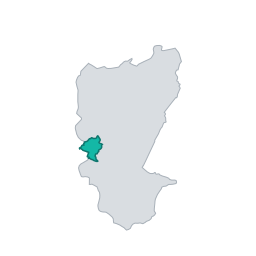 Sourou highlighted on a map of Burkina Faso, rotated 296°
{"feature_id": "BFA-2808", "entity_name": "Sourou", "entity_type": "Province", "adm_level": 1, "iso_a3": "BFA", "parent_name": "Burkina Faso", "parent_adm1": "", "projection": "orthographic", "projection_center": [-3.009, 13.252], "detail": "fine", "context": "in_parent", "style": "filled", "palette": "teal", "viewbox_px": 256, "rotation_deg": 296, "n_neighbors": 0, "source": "natural_earth", "source_scale": "10m", "svg_char_len": 4347}
<svg xmlns="http://www.w3.org/2000/svg" viewBox="0 0 256 256"><g transform="rotate(296 128 128)"><path d="M186.1,157.5L180.0,157.8L177.9,158.5L176.5,158.5L176.5,158.0L176.3,157.6L168.7,155.9L163.4,154.8L158.0,153.7L157.7,154.8L156.9,155.6L155.7,155.6L154.9,155.5L154.4,156.4L153.5,157.5L152.3,158.1L151.0,158.8L150.3,159.5L149.8,159.5L148.6,158.0L147.0,157.9L143.9,158.2L142.5,157.8L140.6,157.6L136.2,157.9L129.0,157.4L127.9,157.7L127.6,158.0L120.5,158.1L112.8,158.2L106.3,158.3L100.6,158.3L100.6,158.1L98.8,158.0L98.6,158.5L97.0,164.5L96.8,167.7L97.6,169.7L98.6,171.0L99.7,171.5L99.8,172.3L98.9,173.2L99.0,174.1L100.0,175.1L100.3,176.2L99.8,177.2L99.9,179.8L100.6,184.0L100.7,186.7L100.0,187.9L100.3,190.0L101.7,192.9L101.9,194.2L101.4,194.8L100.3,195.5L99.1,195.5L97.7,193.7L97.1,192.9L96.0,191.1L95.1,189.3L93.8,188.5L92.5,187.7L91.0,185.4L89.5,184.3L88.0,184.6L85.7,184.2L81.1,183.6L76.2,183.8L74.2,184.3L72.2,185.1L67.0,187.0L65.0,187.9L63.5,190.2L61.7,190.1L60.0,189.4L58.9,188.3L56.6,188.5L54.3,187.5L52.2,185.5L50.6,184.8L48.5,183.3L48.0,180.5L46.7,178.6L45.5,175.9L43.8,174.6L41.7,174.0L38.9,174.1L37.1,173.0L35.6,171.4L36.0,170.0L36.7,168.1L36.8,166.2L37.2,163.2L37.0,159.4L36.5,156.7L38.1,155.6L39.9,154.6L41.0,152.9L42.2,148.8L42.7,145.3L42.3,144.0L41.8,143.0L41.3,141.5L41.0,139.6L41.4,138.0L42.7,136.6L44.5,135.3L45.7,134.7L48.9,134.1L52.9,133.2L55.2,132.2L56.8,131.2L57.8,130.4L58.8,128.7L60.3,127.3L61.5,126.0L61.7,122.3L61.7,120.2L60.8,119.0L60.3,118.0L66.2,115.2L66.3,113.1L65.5,110.8L64.3,109.0L63.9,107.4L65.6,105.5L67.0,104.1L68.1,102.9L70.4,101.1L72.8,100.7L75.0,101.4L81.4,105.7L82.5,105.9L83.9,105.6L85.6,104.5L87.8,103.6L88.6,100.8L88.5,96.5L89.0,94.6L90.2,94.3L93.9,95.1L94.9,95.1L95.9,94.8L96.7,94.1L96.7,92.7L96.5,91.5L97.7,87.6L99.9,84.7L104.3,81.0L105.7,80.3L107.3,79.9L115.3,82.4L116.6,81.8L118.5,75.5L120.7,74.9L123.2,74.8L124.9,74.3L125.8,73.8L129.6,71.4L136.2,68.2L139.8,66.7L140.5,66.2L143.0,63.9L146.4,61.2L148.5,60.7L151.5,60.5L153.4,60.9L153.9,61.6L154.5,62.0L158.4,60.8L164.0,62.6L168.9,64.2L168.6,65.4L168.6,67.3L168.3,70.4L167.8,74.1L169.8,76.5L172.3,79.1L172.9,80.1L172.3,82.6L172.8,84.1L174.1,86.6L176.3,89.7L178.6,92.9L180.1,93.3L181.6,93.6L182.5,94.1L183.8,94.7L185.1,95.0L186.2,95.7L187.0,96.4L187.9,98.4L190.4,99.7L192.2,101.0L191.5,101.6L189.3,101.4L187.3,100.9L187.0,101.8L187.0,105.5L187.4,108.6L187.9,109.0L189.9,109.5L194.9,113.4L199.4,117.1L200.9,118.0L203.4,118.4L206.2,118.5L207.3,118.1L210.0,116.1L211.4,115.9L212.7,115.9L213.4,116.2L214.7,117.7L216.0,120.1L216.3,121.8L216.2,122.7L215.8,123.1L213.7,123.6L212.7,123.9L212.5,124.4L212.9,125.6L213.3,126.3L215.8,129.6L219.3,134.1L220.4,135.3L219.8,136.6L218.1,140.2L216.8,141.7L211.1,146.9L208.2,146.3L202.2,147.5L201.3,146.3L199.9,146.2L198.2,146.4L197.6,146.9L197.4,147.4L196.8,148.1L195.7,150.1L194.8,150.6L193.8,150.9L192.5,150.9L191.7,151.2L191.7,152.2L191.5,153.0L190.6,153.5L190.2,154.5L190.3,155.4L189.8,155.8L188.7,155.6L188.0,155.4L187.4,156.6L186.6,157.5L186.1,157.5Z" fill="#d9dde1" stroke="#a8b0b8" stroke-width="1"/><path d="M95.4,95.4L95.6,95.4L96.4,95.1L96.6,95.4L97.1,96.0L98.0,97.0L98.8,97.4L101.0,97.9L101.6,98.2L101.8,98.7L102.2,99.1L102.7,99.2L103.1,99.4L103.3,99.6L103.4,100.2L103.4,100.6L103.5,101.7L104.1,102.8L104.3,103.3L104.8,103.7L105.4,104.0L106.0,104.0L106.6,103.9L107.3,104.0L107.7,104.3L107.5,104.9L106.5,106.4L105.8,107.6L105.3,108.1L104.5,108.4L103.7,108.3L102.7,108.2L102.2,108.3L101.9,108.9L101.9,109.8L102.1,111.0L102.1,111.4L102.0,111.9L102.0,112.1L101.2,111.9L100.8,111.9L100.3,112.0L99.5,112.7L98.9,112.8L98.1,112.8L97.4,112.6L96.8,112.3L96.2,111.9L95.5,111.4L94.8,111.4L94.3,111.9L93.9,112.0L93.4,111.7L92.9,111.5L92.3,111.5L91.8,111.6L91.4,111.6L91.0,111.1L90.7,110.6L90.3,110.3L88.4,110.7L87.9,111.2L87.8,111.7L87.5,112.0L86.3,112.7L85.8,113.2L85.6,113.7L85.4,114.8L85.1,115.2L84.9,115.4L84.7,115.3L84.4,114.8L84.1,114.1L83.8,111.5L84.0,110.1L83.7,108.6L83.9,106.8L83.9,106.5L83.8,106.3L84.1,106.4L84.3,106.3L84.6,105.9L84.6,105.5L84.3,104.6L84.4,104.0L84.9,103.8L88.7,103.5L89.0,103.3L88.2,97.4L88.5,96.5L88.7,95.9L88.8,94.6L88.6,94.0L88.1,93.7L88.6,93.2L89.2,93.4L90.3,94.2L90.9,94.3L91.4,94.2L91.9,94.2L92.5,94.5L92.9,94.9L93.0,95.1L93.1,95.5L93.2,95.8L93.5,95.7L93.9,95.3L94.2,95.2L94.3,95.1L94.9,95.2L95.1,95.2L95.3,95.3L95.4,95.4Z" fill="#14b8a6" stroke="#0f766e" stroke-width="1.5"/></g></svg>